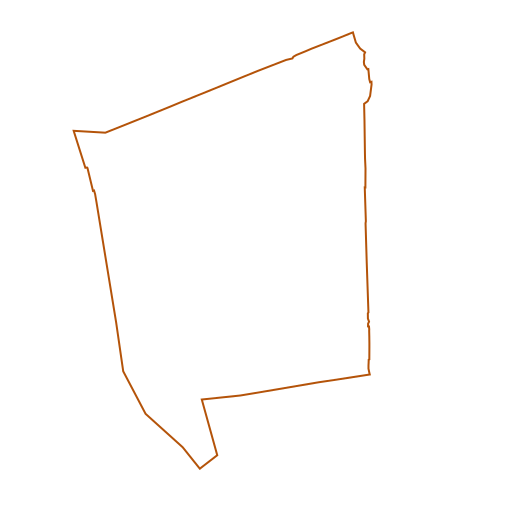 Sofronea, Arad, Romania (Mercator projection), rotated 255°
{"feature_id": "2599482B86430768940785", "entity_name": "Sofronea", "entity_type": "district", "adm_level": 2, "iso_a3": "ROU", "parent_name": "Romania", "parent_adm1": "Arad", "projection": "mercator", "projection_center": [21.295, 46.27], "detail": "fine", "context": "isolated", "style": "outline", "palette": "amber", "viewbox_px": 512, "rotation_deg": 255, "n_neighbors": 0, "source": "geoboundaries", "source_scale": "gbopen_adm2", "svg_char_len": 1264}
<svg xmlns="http://www.w3.org/2000/svg" viewBox="0 0 512 512"><g transform="rotate(255 256 256)"><path d="M446.9,407.5L446.8,406.2L445.2,393.4L442.1,365.5L441.9,363.5L440.9,356.6L439.7,347.1L438.8,343.7L437.4,342.3L437.6,335.9L434.3,305.5L432.6,291.8L428.2,257.2L424.1,223.8L422.7,213.4L421.4,203.0L420.4,195.0L418.1,176.1L414.1,142.4L424.1,112.3L423.5,112.3L385.4,114.0L385.2,115.7L384.6,116.0L361.1,115.4L361.2,116.5L357.4,116.6L348.8,115.8L227.9,103.7L179.0,97.9L132.1,108.5L90.2,135.7L74.4,142.6L65.1,146.7L66.8,150.7L73.6,167.0L131.4,166.5L125.3,204.8L123.8,220.2L117.8,283.9L116.0,299.5L112.8,328.7L112.1,335.2L112.3,335.2L114.9,335.3L118.1,335.5L121.1,336.3L123.9,337.2L126.6,338.0L126.8,338.7L139.2,342.1L142.2,342.9L148.5,344.5L154.6,346.0L155.9,346.4L158.7,346.9L159.0,346.0L161.7,346.8L163.3,348.2L166.6,347.9L171.7,349.2L172.4,350.0L221.6,361.4L259.3,370.3L261.1,371.1L294.1,378.8L293.9,379.4L312.1,384.4L321.7,386.5L327.4,387.9L358.2,395.7L375.0,399.8L376.6,403.9L381.0,407.6L391.7,412.0L394.4,412.6L394.3,411.2L397.6,411.2L407.5,412.9L407.5,411.9L410.7,410.7L412.7,410.0L415.5,410.4L418.5,411.7L422.8,412.7L424.5,414.1L429.4,410.3L432.8,409.0L436.3,407.7L440.6,407.6L444.8,407.5L446.9,407.5Z" fill="none" stroke="#b45309" stroke-width="2"/></g></svg>